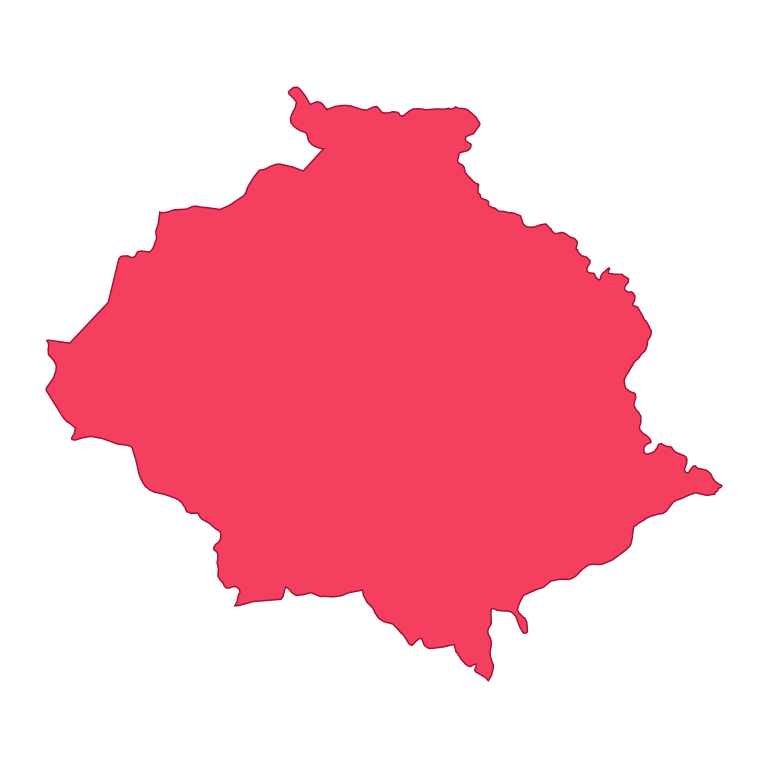 Mulevala, Zambezia, Mozambique
{"feature_id": "85939544B54372279750556", "entity_name": "Mulevala", "entity_type": "district", "adm_level": 2, "iso_a3": "MOZ", "parent_name": "Mozambique", "parent_adm1": "Zambezia", "projection": "orthographic", "projection_center": [37.65, -16.373], "detail": "fine", "context": "isolated", "style": "filled", "palette": "rose", "viewbox_px": 768, "rotation_deg": 0, "n_neighbors": 0, "source": "geoboundaries", "source_scale": "gbopen_adm2", "svg_char_len": 6086}
<svg xmlns="http://www.w3.org/2000/svg" viewBox="0 0 768 768"><path d="M455.6,106.8L453.5,108.5L451.2,109.3L448.7,108.3L443.8,109.3L437.2,108.9L426.0,109.8L420.4,108.8L413.3,108.9L409.5,110.8L404.7,114.8L402.1,116.1L400.1,115.5L398.9,113.2L397.5,112.3L393.1,111.7L387.8,113.0L383.3,112.9L381.8,112.2L377.5,107.1L376.0,106.5L372.4,107.4L367.0,110.0L365.4,110.0L361.7,109.5L350.7,105.9L346.0,105.4L341.7,105.5L335.0,106.5L326.7,109.7L326.8,108.7L325.2,107.9L324.1,105.9L320.9,102.7L318.4,101.9L317.1,101.7L310.1,104.4L305.2,95.7L299.5,88.7L297.4,87.3L293.4,87.5L289.2,91.0L288.4,92.5L289.1,94.0L293.3,98.1L296.0,101.4L296.4,102.6L295.3,107.6L291.6,114.6L290.5,118.4L290.9,122.7L293.6,126.0L296.2,128.2L299.9,130.5L305.9,132.7L307.5,135.9L307.8,138.4L308.9,141.2L311.8,144.5L315.3,146.6L320.0,148.3L323.6,148.7L303.2,171.0L292.4,166.9L279.8,164.1L276.1,164.3L270.6,166.3L264.6,169.4L259.3,170.3L254.1,176.7L248.5,185.7L246.5,190.0L246.3,191.9L243.9,195.6L229.0,205.6L220.0,209.5L206.9,207.6L201.9,207.3L197.2,206.3L194.0,206.3L191.9,206.7L186.6,209.1L174.0,209.8L167.9,212.0L163.6,212.7L161.6,212.7L159.8,212.1L158.2,224.3L155.8,231.2L156.6,238.4L153.6,246.8L151.7,250.1L150.6,251.3L149.1,252.0L141.5,251.0L138.3,251.6L137.4,252.1L135.0,256.6L132.8,257.5L131.3,257.4L127.9,255.9L122.5,256.1L121.0,256.5L118.8,259.0L108.3,302.3L69.8,343.1L48.7,340.2L46.9,340.5L48.3,343.2L48.7,345.3L48.1,349.7L48.5,354.6L54.0,360.8L55.9,364.6L56.3,367.1L55.8,371.1L53.5,377.7L46.5,388.0L46.1,390.2L63.6,418.1L66.8,421.6L70.0,423.5L75.4,427.9L74.3,433.4L71.7,437.9L71.6,438.7L72.1,439.5L75.0,440.1L81.9,438.0L87.8,436.8L92.0,436.5L102.7,438.6L118.1,444.2L127.5,445.2L131.3,446.7L132.1,447.9L135.7,459.3L139.4,475.4L142.6,482.3L145.7,486.8L147.7,488.0L148.9,489.4L154.3,492.1L164.7,494.4L175.4,498.2L177.6,499.4L181.8,502.5L183.9,506.2L185.5,507.6L185.3,508.4L185.8,509.9L186.8,511.7L191.0,513.4L197.6,513.1L198.4,513.6L199.4,516.2L201.7,519.0L209.7,523.5L215.4,528.7L219.9,531.2L220.9,534.3L220.5,539.1L218.1,542.7L215.5,544.4L213.5,548.2L214.0,549.8L216.8,551.8L217.8,554.2L217.9,557.7L217.1,562.7L218.4,568.5L218.0,576.1L219.8,579.3L223.0,583.2L224.3,586.0L226.0,587.8L229.0,588.1L231.7,587.0L234.6,586.5L236.5,586.8L239.3,589.3L240.0,592.2L238.4,595.2L237.0,601.8L234.8,605.8L239.0,605.5L253.5,601.5L281.0,599.3L283.0,596.6L285.3,587.4L285.9,587.1L288.7,588.9L291.8,592.6L296.0,595.3L303.0,594.8L310.7,592.6L320.6,596.6L322.4,596.3L333.2,596.8L336.8,596.4L341.9,595.5L348.7,592.7L362.5,590.1L363.5,595.5L367.5,602.8L372.9,608.1L375.2,613.1L378.5,618.1L383.5,621.5L392.7,624.0L397.3,628.5L401.1,633.1L403.6,635.1L409.0,643.8L410.3,644.8L412.2,645.3L415.9,641.3L418.9,639.0L420.4,638.4L421.8,638.9L423.9,644.4L425.5,646.3L428.9,648.4L432.2,648.4L444.2,646.8L452.2,644.8L454.3,644.9L456.1,652.0L458.1,654.3L461.0,659.1L465.7,664.4L468.0,665.9L470.3,666.6L475.2,664.0L475.9,664.0L476.3,666.3L474.6,669.8L475.8,671.9L485.6,677.6L488.3,680.7L491.5,675.4L493.4,667.7L493.3,664.8L491.2,659.5L490.3,655.7L490.1,652.5L491.2,645.0L491.2,641.2L490.0,637.3L488.7,635.4L487.7,631.8L488.4,628.5L490.6,625.1L491.3,622.9L490.9,611.7L491.4,609.6L492.1,608.8L493.6,608.5L496.5,610.0L500.8,610.8L508.1,611.1L511.1,612.0L512.6,613.0L515.8,616.2L519.1,625.5L521.6,630.3L523.7,633.2L526.0,632.9L527.0,632.3L527.5,631.1L526.8,622.4L525.0,618.2L523.6,617.5L518.7,612.6L517.6,610.2L517.6,608.3L518.7,604.9L523.3,595.4L536.4,589.6L543.5,587.2L550.8,581.1L559.9,579.3L569.2,579.4L572.5,578.1L575.8,576.1L582.5,569.2L588.3,565.0L591.7,564.3L599.6,564.5L602.7,564.0L612.4,560.0L625.7,550.1L629.8,546.1L630.7,544.5L632.5,536.9L632.5,534.0L633.8,526.5L636.3,525.3L638.0,523.5L644.8,519.6L646.3,518.1L651.6,516.0L658.1,514.1L663.1,513.4L666.2,511.3L673.4,501.9L676.7,500.1L680.8,498.8L688.6,495.2L695.4,492.8L707.0,495.4L714.8,494.1L715.2,492.4L717.3,491.1L718.4,488.6L720.9,487.3L721.9,485.9L721.4,485.2L718.1,483.7L714.8,481.0L712.0,477.0L711.4,474.9L709.3,472.4L706.4,470.2L698.1,468.4L696.9,467.8L695.4,465.9L693.3,466.2L690.6,469.3L688.6,472.6L686.2,472.7L684.8,471.2L684.6,468.8L686.6,463.6L686.9,459.6L686.2,457.3L684.6,455.9L675.5,452.2L673.2,449.9L671.5,447.1L665.6,446.1L661.3,443.6L658.8,444.2L656.9,448.1L654.4,451.4L652.0,452.7L647.5,454.1L645.6,453.7L643.8,452.0L643.9,448.2L645.2,445.6L647.5,443.8L650.4,442.8L651.0,441.4L650.1,439.3L648.3,437.1L645.5,434.7L643.0,433.4L640.1,430.0L639.3,427.5L640.8,422.3L640.9,416.2L637.9,411.3L636.5,410.5L633.9,405.5L633.9,403.8L635.8,397.5L635.3,394.0L634.7,393.3L630.0,391.6L625.9,388.4L624.7,385.2L624.2,380.1L627.1,373.5L627.6,373.5L634.4,362.0L639.1,357.5L641.7,353.8L644.7,351.2L646.0,348.9L647.3,344.8L647.6,340.8L650.4,336.2L651.4,332.2L651.1,330.2L649.9,328.8L648.9,325.9L646.6,322.0L643.9,319.0L642.7,316.1L637.5,307.0L634.0,305.9L632.9,305.1L632.9,303.4L634.2,301.3L634.8,299.2L634.9,297.1L634.9,295.9L633.1,293.1L631.4,291.8L628.2,292.2L625.4,290.4L624.5,288.9L624.6,287.0L628.4,282.0L628.6,279.2L627.3,277.8L625.9,277.4L624.6,276.3L623.6,276.3L622.4,274.4L613.9,274.2L608.6,273.3L608.2,271.5L609.7,268.9L609.2,268.1L608.4,268.1L602.1,273.8L600.7,276.8L600.2,279.5L599.3,279.9L597.6,279.0L596.0,277.4L594.1,273.4L589.5,272.9L587.7,272.0L587.0,270.7L587.0,267.7L589.8,263.2L590.1,260.7L586.5,257.1L581.6,255.7L577.6,251.4L577.7,250.0L576.1,249.0L577.4,242.0L575.3,239.3L573.9,238.3L569.4,236.8L566.2,234.1L563.6,232.8L561.2,232.5L556.3,233.6L554.2,233.3L551.5,230.5L551.0,228.9L549.6,228.0L546.2,224.1L545.1,224.0L539.9,225.0L534.4,227.0L528.9,227.2L526.1,226.5L523.2,224.1L520.6,215.9L513.9,213.1L507.4,212.4L503.7,211.4L500.8,211.5L497.7,210.6L495.1,208.2L492.1,207.5L488.5,205.6L488.5,201.7L487.9,201.0L486.4,200.0L481.6,198.5L480.6,197.5L480.3,194.9L478.3,192.9L477.9,191.3L478.6,184.4L475.6,183.1L473.6,181.6L466.8,174.6L465.2,172.1L464.1,167.1L462.2,164.9L459.2,163.4L457.9,162.2L457.5,160.9L459.2,153.5L460.2,152.6L468.0,150.5L469.9,148.6L470.8,147.0L471.1,144.3L466.1,141.2L465.4,139.7L465.8,136.9L467.0,136.1L473.5,133.7L479.7,125.0L479.8,123.4L475.8,116.9L467.7,109.9L464.8,108.7L458.1,108.2L455.6,106.8Z" fill="#f43f5e" stroke="#9f1239" stroke-width="1.5"/></svg>